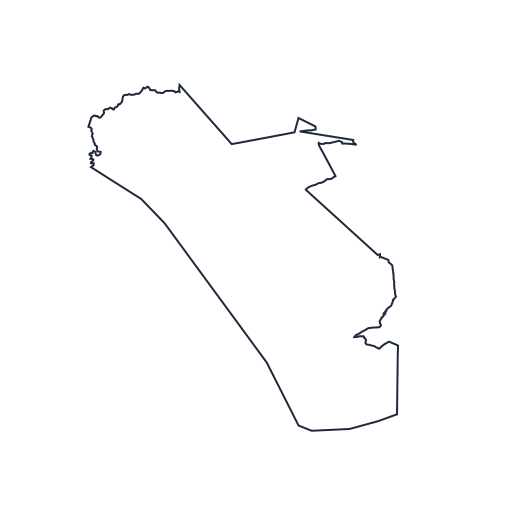 Santo Domingo Petapa, Oaxaca, Mexico, rotated 342°
{"feature_id": "50627088B45073633199756", "entity_name": "Santo Domingo Petapa", "entity_type": "district", "adm_level": 2, "iso_a3": "MEX", "parent_name": "Mexico", "parent_adm1": "Oaxaca", "projection": "mercator", "projection_center": [-95.218, 16.851], "detail": "fine", "context": "isolated", "style": "outline", "palette": "slate", "viewbox_px": 512, "rotation_deg": 342, "n_neighbors": 0, "source": "geoboundaries", "source_scale": "gbopen_adm2", "svg_char_len": 5988}
<svg xmlns="http://www.w3.org/2000/svg" viewBox="0 0 512 512"><g transform="rotate(342 256 256)"><path d="M236.2,69.8L235.9,70.5L235.2,71.5L234.7,72.9L234.4,74.0L234.3,75.1L234.0,76.4L233.7,76.2L233.1,75.4L232.5,75.3L232.0,75.4L231.4,75.5L230.7,75.5L230.1,75.5L229.7,75.1L229.4,74.6L229.4,74.1L228.6,73.8L228.1,73.4L227.6,73.2L227.2,72.9L226.8,72.7L226.1,72.6L225.8,72.4L225.3,72.3L224.6,72.2L222.7,71.6L222.0,71.3L221.5,71.3L219.9,71.4L218.4,72.0L217.7,72.1L217.2,72.1L216.1,71.6L214.9,70.8L214.0,70.7L213.3,70.5L212.8,70.2L212.4,69.7L212.0,69.1L211.8,68.8L211.7,68.4L211.5,67.7L211.4,67.3L210.1,66.8L209.4,66.4L208.5,66.3L207.6,65.9L206.8,65.4L206.6,65.3L206.6,64.0L206.1,62.8L205.9,61.9L205.4,61.6L204.7,61.5L204.2,61.7L203.6,62.0L203.2,62.1L202.9,62.3L201.7,62.1L201.2,61.2L200.5,61.5L199.8,62.2L198.3,63.6L197.4,64.1L196.7,64.6L195.0,65.5L194.1,65.4L193.4,65.1L192.5,64.7L191.7,64.6L190.7,64.9L189.2,64.7L187.3,64.3L186.8,64.0L186.3,63.6L185.9,63.1L185.2,62.8L184.6,62.9L184.1,63.0L183.6,63.0L182.6,62.8L181.9,62.6L181.4,62.3L180.3,62.3L180.1,62.5L179.4,62.8L178.8,63.2L178.7,63.5L178.2,64.1L177.6,65.3L177.4,65.9L176.8,66.9L176.5,67.6L175.6,68.3L174.5,68.9L174.0,69.3L172.9,69.7L172.5,69.2L172.1,69.1L171.2,69.8L170.8,70.5L170.5,70.8L169.5,71.2L168.3,71.1L167.8,71.2L166.9,72.0L166.3,72.7L165.9,72.7L164.9,71.9L164.8,71.1L164.2,70.7L163.6,70.2L163.3,69.9L162.5,69.9L161.9,70.2L161.4,70.4L160.7,70.4L160.0,70.5L159.3,70.1L158.8,69.9L157.4,70.0L156.6,70.4L156.1,70.7L155.9,71.3L155.8,72.1L155.7,72.8L155.6,73.2L152.6,75.3L151.6,75.8L150.9,76.0L150.4,76.2L149.7,76.0L149.2,75.4L148.7,74.6L148.4,73.8L147.8,73.7L147.3,73.8L146.8,73.4L146.5,73.1L146.0,72.6L145.4,72.3L142.5,73.3L141.2,74.8L141.0,75.5L140.3,76.2L139.9,76.7L138.7,78.4L138.3,79.0L137.9,79.4L137.6,79.9L137.2,80.3L137.0,80.8L136.5,81.3L137.4,82.1L138.2,82.5L138.7,83.4L139.0,84.7L138.0,85.8L138.2,86.8L138.4,88.3L138.5,89.2L138.3,89.5L137.8,90.0L137.4,90.4L136.9,91.3L137.1,92.2L137.1,93.4L137.2,93.9L137.3,95.0L137.2,95.9L137.0,96.4L136.9,96.9L137.0,97.6L137.2,98.0L137.4,99.3L137.2,99.6L137.1,100.1L137.1,100.6L137.3,100.9L137.5,101.2L137.8,101.5L138.3,101.9L138.4,102.3L138.6,103.1L138.5,103.6L137.8,104.7L137.6,105.2L137.5,105.4L137.4,106.0L137.5,106.8L137.6,107.3L137.8,107.7L138.2,107.9L139.0,108.2L139.6,108.5L140.4,109.1L140.1,109.9L139.5,110.9L139.0,111.2L138.3,111.3L137.7,111.5L137.0,111.4L136.3,111.5L135.8,111.2L135.2,110.8L135.2,110.2L135.2,108.6L135.3,107.6L135.0,106.8L133.8,105.8L132.7,106.7L132.3,107.6L131.4,107.2L130.1,107.1L129.2,107.5L129.0,108.6L129.8,109.0L130.5,109.6L130.7,110.1L130.4,110.5L129.9,111.1L129.4,111.5L128.6,112.4L129.4,112.7L130.1,113.1L130.8,113.4L131.1,114.1L130.5,114.9L129.4,115.3L128.1,115.8L127.7,116.7L128.2,117.1L129.0,117.4L130.1,117.5L130.4,117.7L130.1,118.3L129.9,118.7L129.6,119.3L129.3,119.6L128.8,119.8L128.0,119.9L126.5,120.5L164.5,166.4L179.2,196.6L233.3,360.7L244.1,430.4L254.9,439.4L291.4,449.4L320.8,450.8L341.2,450.1L359.8,395.2L363.4,385.0L356.1,378.6L354.9,378.8L354.2,378.9L353.5,379.1L352.5,379.3L351.9,379.4L351.2,379.5L350.2,379.8L349.5,380.1L349.0,380.2L348.4,380.5L347.9,380.7L347.5,380.9L346.8,381.0L346.4,381.2L345.4,382.0L345.0,382.2L344.5,382.2L344.0,381.9L343.7,381.4L343.0,380.8L342.3,380.3L341.5,379.2L341.0,378.7L339.1,377.3L337.4,376.3L336.8,375.9L336.3,375.5L335.7,375.2L334.9,374.9L333.6,374.0L333.2,372.6L333.7,371.6L333.9,371.1L334.7,370.3L334.6,369.5L334.3,368.1L333.9,367.8L333.7,367.6L333.8,367.3L333.6,367.0L333.8,366.6L333.7,366.4L333.5,365.6L333.0,365.4L332.3,365.2L331.8,365.3L331.0,364.7L330.0,364.4L328.4,364.3L327.3,364.2L326.4,364.0L325.4,363.8L324.4,363.5L324.7,363.2L325.1,362.9L326.1,362.5L327.1,362.0L328.3,362.0L330.3,361.6L331.2,361.4L333.1,360.8L334.6,360.6L336.2,360.3L337.8,360.0L338.7,359.7L340.1,359.4L341.0,359.4L342.6,359.7L343.8,360.1L344.9,360.1L347.2,360.8L348.1,361.1L349.0,361.2L349.7,361.5L351.4,361.9L352.2,361.4L353.6,360.1L353.3,359.3L353.2,358.8L353.1,358.5L353.2,358.1L353.2,357.5L353.3,357.0L353.4,356.3L354.2,355.6L354.7,355.1L355.4,354.6L356.1,354.2L356.2,353.5L356.5,353.3L357.4,353.0L358.1,352.9L358.7,352.4L358.9,351.9L359.0,351.4L360.0,351.4L359.6,350.8L359.8,350.1L360.1,349.8L360.9,349.3L361.2,349.8L361.4,350.1L361.6,350.1L361.7,349.4L362.0,349.1L362.1,348.8L362.5,348.7L362.5,348.4L363.2,348.1L363.2,347.7L363.8,347.3L364.8,346.6L365.4,346.5L365.9,346.2L366.5,345.9L367.4,345.7L368.0,345.5L369.0,345.1L369.5,344.7L370.1,343.9L370.4,343.5L371.4,342.4L372.0,341.6L372.8,340.7L372.6,340.2L373.7,339.5L374.5,339.2L374.9,339.0L376.7,337.7L376.6,337.0L376.5,335.9L376.6,335.2L376.7,334.4L377.4,331.8L377.5,330.3L377.9,328.2L378.3,327.3L378.6,325.4L379.2,324.2L379.6,322.7L379.7,321.1L379.9,319.9L380.3,318.8L380.7,317.6L381.2,315.0L381.7,312.7L382.0,310.5L382.5,308.4L382.6,307.2L382.6,306.9L382.6,306.7L381.6,305.1L380.3,303.0L380.6,300.6L376.4,297.1L375.4,296.2L374.9,295.9L374.3,295.5L373.4,295.5L374.0,293.8L374.1,293.5L374.4,293.0L374.5,292.6L372.5,292.6L372.0,292.6L323.9,208.5L323.9,208.2L324.4,208.3L324.8,207.9L325.2,207.6L326.0,207.2L328.1,206.7L329.1,206.6L331.7,206.5L332.5,206.5L334.3,206.7L335.0,206.6L336.5,206.3L337.1,206.2L337.8,206.1L338.8,206.2L339.8,206.4L340.9,206.5L342.5,206.4L343.2,206.3L344.0,206.0L344.7,205.7L345.4,205.6L345.8,205.3L346.5,205.2L347.0,205.0L347.7,204.9L348.3,205.1L349.3,205.5L350.2,205.7L351.0,205.8L351.7,205.8L352.3,205.6L353.1,205.4L353.9,205.1L354.6,204.9L356.0,204.7L356.3,204.6L351.7,178.7L350.7,173.7L350.2,170.9L350.2,169.7L350.4,168.1L350.6,167.8L351.7,169.1L353.5,169.8L355.0,170.4L356.2,170.1L357.6,170.2L358.8,170.8L360.8,171.4L366.1,171.8L370.5,172.1L373.1,174.4L372.8,175.6L373.1,175.9L375.0,176.4L380.1,178.4L383.0,179.8L385.4,180.9L385.5,180.8L385.3,180.2L384.9,179.6L384.3,179.0L383.8,178.0L383.8,176.6L383.9,176.2L384.1,176.0L384.3,175.7L336.0,151.0L345.7,152.9L346.2,153.2L346.3,153.4L351.8,154.1L352.6,151.2L339.1,137.9L330.8,150.3L306.7,147.2L280.4,143.8L267.5,142.1L236.2,69.8Z" fill="none" stroke="#1e293b" stroke-width="2"/></g></svg>